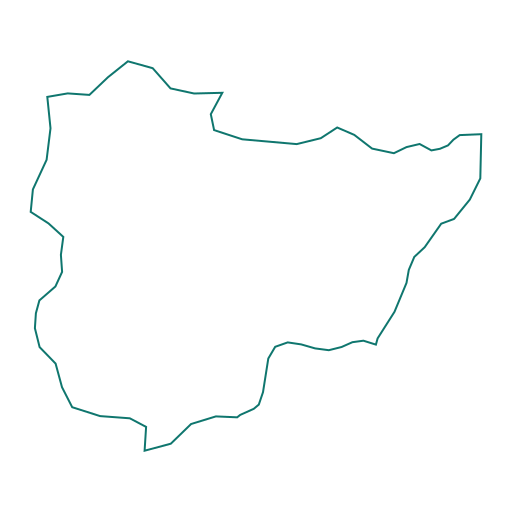 SVG path tracing the border of Ntungamo
{"feature_id": "UGA-3372", "entity_name": "Ntungamo", "entity_type": "District", "adm_level": 1, "iso_a3": "UGA", "parent_name": "Uganda", "parent_adm1": "", "projection": "orthographic", "projection_center": [30.302, -0.955], "detail": "fine", "context": "isolated", "style": "outline", "palette": "teal", "viewbox_px": 512, "rotation_deg": 0, "n_neighbors": 0, "source": "natural_earth", "source_scale": "10m", "svg_char_len": 1011}
<svg xmlns="http://www.w3.org/2000/svg" viewBox="0 0 512 512"><path d="M375.9,344.6L363.4,340.7L352.4,342.2L341.6,347.0L328.8,350.2L315.1,348.4L301.2,344.4L287.7,342.4L275.2,346.8L268.3,358.5L263.0,392.2L258.8,404.6L253.8,408.8L240.2,414.9L237.2,417.3L236.7,417.3L215.9,416.4L191.1,424.0L170.8,443.7L144.6,450.7L146.1,426.9L129.8,418.3L100.1,416.1L72.2,407.2L62.0,387.2L55.6,363.6L39.6,347.1L34.9,328.2L35.9,313.2L39.4,300.4L55.4,286.5L62.1,271.9L60.9,254.8L63.3,236.9L48.5,223.4L30.7,211.9L32.9,189.4L46.6,159.8L50.5,128.3L47.3,96.9L67.7,93.4L89.4,94.9L108.0,77.2L127.9,61.3L152.7,68.2L170.5,88.4L194.1,93.5L222.3,92.8L210.8,114.2L214.1,130.1L242.2,139.3L296.7,144.1L320.8,138.2L337.2,127.5L354.3,134.9L372.1,148.6L393.9,153.2L406.5,147.1L419.6,144.0L431.4,150.4L439.9,148.8L448.0,145.4L453.4,139.7L459.7,135.1L481.3,134.2L480.3,178.4L469.8,199.6L454.1,218.9L441.2,223.7L424.7,247.2L414.3,256.9L408.8,269.9L406.5,282.9L394.5,311.8L377.6,338.4L375.9,344.6Z" fill="none" stroke="#0f766e" stroke-width="2"/></svg>